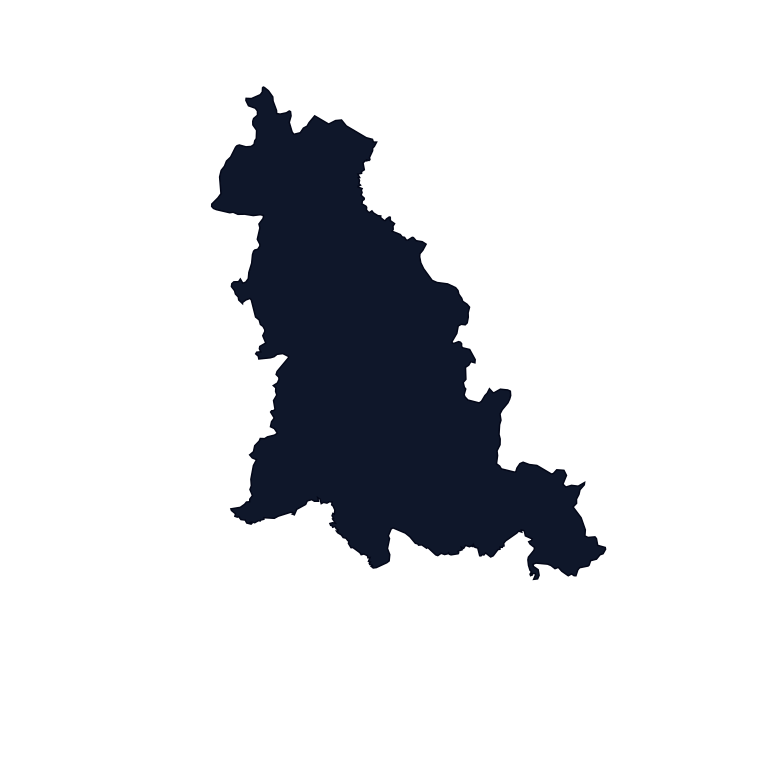 the Province of Jilin, rotated 35°
{"feature_id": "CHN-1828", "entity_name": "Jilin", "entity_type": "Province", "adm_level": 1, "iso_a3": "CHN", "parent_name": "China", "parent_adm1": "", "projection": "robinson", "projection_center": [126.245, 43.576], "detail": "fine", "context": "isolated", "style": "filled", "palette": "ink", "viewbox_px": 768, "rotation_deg": 35, "n_neighbors": 0, "source": "natural_earth", "source_scale": "10m", "svg_char_len": 6170}
<svg xmlns="http://www.w3.org/2000/svg" viewBox="0 0 768 768"><g transform="rotate(35 384 384)"><path d="M659.0,391.0L660.3,392.3L660.8,397.4L658.9,400.0L658.5,405.6L654.6,410.2L655.9,414.7L655.6,416.0L649.6,422.3L649.4,425.1L651.2,431.0L649.6,432.0L646.6,432.0L644.9,435.4L637.0,435.4L631.9,434.2L630.0,437.2L625.0,436.9L621.4,437.7L611.1,443.6L609.5,446.3L611.0,447.7L616.8,447.7L620.8,451.7L621.6,455.5L618.6,458.2L617.6,453.3L616.7,452.5L614.1,454.3L615.0,455.4L614.0,456.9L612.7,456.0L612.5,453.3L610.4,452.8L606.4,449.7L602.7,445.5L601.6,443.0L602.2,434.1L601.1,431.6L595.4,431.3L593.0,430.2L594.7,427.5L594.2,425.9L586.9,427.3L583.3,424.0L581.9,424.0L580.2,424.9L581.8,426.3L578.6,427.3L578.3,429.8L573.6,442.8L573.4,445.8L575.2,447.8L574.3,448.8L574.6,449.9L572.6,451.2L573.8,452.8L572.3,454.3L572.0,462.1L570.6,464.5L564.1,464.1L563.9,466.8L562.4,467.3L562.0,469.2L560.9,469.8L554.9,464.6L552.1,465.6L549.4,464.3L550.2,466.1L549.3,466.5L548.7,465.7L547.4,468.3L543.4,469.4L543.5,473.0L541.0,473.4L543.1,474.9L540.4,478.8L542.0,479.4L542.1,480.5L536.9,485.5L535.1,486.0L533.7,485.2L533.6,486.5L531.5,488.9L527.9,489.9L526.5,493.7L524.4,494.3L513.7,492.8L513.1,494.1L507.2,494.1L504.7,496.2L503.4,495.6L501.0,496.5L492.9,494.3L487.0,493.9L473.8,496.7L473.0,498.7L474.6,505.9L477.2,507.5L481.2,516.8L486.6,520.5L489.7,526.0L488.8,528.8L483.0,538.8L480.7,540.9L478.2,540.7L479.0,539.6L478.2,539.2L475.9,540.0L474.8,539.3L475.0,537.7L473.0,538.2L472.1,534.1L470.6,535.6L468.8,534.1L465.1,534.8L463.2,536.9L461.0,536.0L452.3,535.8L450.9,537.0L446.3,535.0L445.3,532.6L444.3,533.1L441.3,532.1L438.6,533.2L435.7,532.1L431.4,532.4L429.3,531.7L430.5,530.7L430.0,529.8L427.9,530.0L425.7,528.7L424.1,530.8L422.7,529.8L421.4,530.4L419.7,529.3L421.5,527.1L424.1,525.9L419.2,524.0L419.7,523.0L417.0,521.7L416.4,519.3L418.0,519.1L416.0,515.4L412.4,513.2L410.4,513.0L409.4,510.5L406.9,511.6L405.6,514.3L402.4,515.6L401.2,518.0L397.6,515.0L394.8,515.1L397.6,517.6L394.2,520.0L391.2,520.1L388.2,523.8L388.9,527.6L384.4,536.7L385.6,542.6L383.6,543.1L384.4,541.6L382.7,541.6L380.9,542.9L373.2,552.9L371.2,556.9L362.3,562.4L363.2,563.7L361.0,566.2L361.2,567.1L359.5,568.0L357.7,571.8L354.6,572.9L353.9,574.0L355.7,574.0L355.5,575.0L351.3,576.6L348.3,575.1L344.6,577.1L341.0,576.0L340.2,577.2L337.7,577.9L336.8,575.5L331.6,575.1L330.2,574.1L337.0,567.5L338.8,562.5L339.0,559.6L341.5,557.5L340.1,555.3L340.2,550.8L334.7,547.3L333.7,543.4L329.6,538.4L323.8,525.7L323.0,519.1L318.5,520.1L314.6,519.1L315.9,514.3L313.5,508.7L314.5,502.3L313.9,499.6L317.6,497.2L318.8,494.2L323.6,488.7L324.9,485.4L319.7,483.4L315.5,484.1L313.5,479.4L313.6,474.8L307.2,472.0L307.3,470.4L308.8,469.2L309.2,467.2L303.0,460.9L302.5,454.5L299.5,452.3L297.6,449.2L294.2,448.8L296.1,444.3L295.3,440.3L293.8,438.7L290.2,438.1L289.2,435.0L290.7,417.3L289.9,416.2L283.7,417.1L279.4,421.0L278.3,424.7L275.9,427.7L267.1,435.3L265.1,433.3L261.6,432.9L261.5,430.9L264.6,428.3L261.7,426.6L260.7,424.5L263.6,418.2L257.0,414.0L256.2,409.2L255.0,407.8L251.8,406.2L248.6,406.1L245.0,403.1L240.4,402.8L227.0,391.2L225.1,390.8L222.6,394.5L221.4,398.3L222.0,399.3L216.8,398.5L214.7,396.3L210.7,395.5L208.1,393.3L203.1,391.7L201.8,389.1L202.4,386.4L206.2,383.6L206.1,380.4L210.5,382.4L212.3,379.9L212.4,375.5L209.3,370.1L206.3,360.9L202.1,353.5L201.0,350.0L201.3,348.3L203.3,346.1L203.2,342.2L202.1,340.7L197.2,338.1L192.8,327.3L189.8,324.7L190.0,317.6L188.6,315.0L185.5,316.3L180.3,321.0L172.5,324.8L167.0,328.8L161.9,329.8L159.4,332.2L146.7,337.3L143.6,338.0L141.0,337.4L139.7,335.4L141.2,326.9L141.3,321.6L130.6,308.7L128.1,302.4L128.4,297.2L127.1,291.7L128.2,286.1L126.6,275.1L126.9,273.1L128.4,271.2L134.9,268.9L138.9,265.6L140.1,262.3L138.6,258.8L138.6,256.2L134.1,249.2L128.0,247.0L125.8,244.1L124.9,241.3L126.2,236.4L123.7,232.9L120.3,231.9L113.4,233.8L108.2,230.9L107.2,229.1L111.7,226.2L116.7,218.0L116.8,214.5L114.6,211.0L114.8,210.0L116.0,209.7L121.2,210.1L128.2,212.6L130.9,215.9L139.0,221.5L141.0,224.0L144.1,222.5L148.5,217.8L149.8,214.7L151.2,214.5L154.1,217.7L156.3,224.0L164.1,230.2L166.9,231.2L171.3,226.2L171.2,220.6L173.1,216.9L172.7,212.9L173.4,204.1L189.6,202.8L193.2,196.0L197.8,192.1L205.1,194.2L228.2,192.4L234.2,190.2L236.5,191.9L239.2,190.1L239.8,195.0L239.4,197.2L240.9,199.5L242.2,206.8L243.8,208.3L243.5,209.5L241.2,210.4L241.9,211.0L240.4,212.3L240.1,215.0L245.0,219.8L243.8,222.8L244.8,224.3L242.1,227.1L245.6,228.8L244.5,229.7L247.2,231.3L248.5,234.2L250.7,234.6L249.3,236.8L249.8,237.5L254.0,236.5L254.2,238.2L256.2,239.7L256.9,242.5L261.3,243.1L261.9,244.3L261.2,246.2L262.6,249.1L267.2,248.7L268.4,249.2L269.8,251.5L272.5,252.1L273.8,251.8L274.8,249.1L277.2,249.9L282.4,249.6L285.0,248.2L285.7,249.6L290.3,250.0L291.4,249.2L291.3,247.5L292.5,244.2L293.5,243.8L295.5,246.5L300.7,246.6L300.8,249.5L302.8,252.0L303.0,254.2L311.6,252.2L314.6,253.1L316.7,252.1L319.7,253.3L321.0,252.5L323.0,247.7L324.1,247.2L328.1,248.2L333.7,245.5L338.3,245.3L339.1,252.2L338.7,256.7L340.3,259.4L344.6,263.6L350.3,266.8L364.0,271.5L369.3,270.4L378.7,265.5L387.4,264.0L391.0,265.0L393.8,267.5L398.5,269.2L401.0,271.1L406.3,271.0L410.0,272.0L412.1,277.5L414.7,280.9L417.1,286.2L416.6,288.9L413.0,290.8L411.5,293.9L414.6,300.7L415.4,310.2L416.1,311.1L417.9,310.8L420.8,306.5L422.7,305.9L424.5,306.5L425.9,308.6L427.5,309.3L434.4,306.6L444.7,311.7L446.3,314.5L442.3,315.9L442.6,320.0L441.2,323.6L448.4,333.2L448.0,337.3L451.7,340.6L453.8,341.2L455.8,346.9L457.8,348.1L461.9,349.0L472.8,344.9L473.8,342.3L473.3,335.6L473.8,332.3L473.1,327.4L478.3,328.6L479.3,327.8L482.3,321.5L488.8,317.9L491.6,317.4L494.4,320.8L495.6,324.3L496.3,328.4L495.6,337.3L496.2,342.0L500.6,346.6L502.0,351.0L507.1,359.3L510.7,362.4L513.9,367.2L514.9,373.9L518.1,377.5L521.9,384.8L525.8,384.9L528.8,386.2L541.5,381.3L542.3,380.2L541.1,376.6L541.0,371.3L542.8,368.3L549.3,366.6L556.0,363.0L572.9,361.7L574.1,360.1L574.7,355.2L580.9,351.5L585.9,354.2L588.0,363.4L592.1,364.1L595.7,359.5L601.7,356.3L604.8,349.6L605.9,351.7L605.2,358.2L607.0,362.6L607.7,367.9L610.2,371.3L609.4,376.3L622.2,380.5L632.6,388.0L635.7,393.2L639.1,392.7L644.5,388.2L646.7,388.8L651.6,393.6L659.0,391.0Z" fill="#0f172a" stroke="#020617" stroke-width="1.5"/></g></svg>